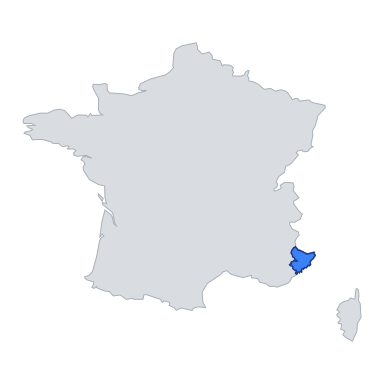 where Alpes-Maritimes sits in France
{"feature_id": "FRA-5266", "entity_name": "Alpes-Maritimes", "entity_type": "Metropolitan department", "adm_level": 1, "iso_a3": "FRA", "parent_name": "France", "parent_adm1": "", "projection": "equal_earth", "projection_center": [7.102, 43.917], "detail": "fine", "context": "in_parent", "style": "filled", "palette": "blue", "viewbox_px": 384, "rotation_deg": 0, "n_neighbors": 0, "source": "natural_earth", "source_scale": "10m", "svg_char_len": 5638}
<svg xmlns="http://www.w3.org/2000/svg" viewBox="0 0 384 384"><path d="M313.0,146.8L310.2,148.2L308.4,151.0L306.6,151.6L303.3,151.6L301.7,149.9L297.8,151.0L296.2,152.8L298.5,155.0L290.6,164.0L285.6,166.4L284.5,172.3L278.6,176.7L276.3,181.4L276.1,182.3L277.6,183.8L277.0,186.9L274.0,188.9L274.0,190.8L274.8,191.1L279.4,189.5L281.2,187.7L280.3,185.3L284.9,182.2L293.2,183.0L294.1,187.0L293.1,190.4L299.0,197.8L293.8,201.2L293.5,203.5L298.8,210.9L302.2,214.0L300.4,219.0L294.7,222.3L291.1,222.0L289.5,222.8L289.7,224.4L292.2,229.0L298.3,231.9L299.2,235.4L297.5,236.6L294.7,241.8L295.9,244.4L295.4,245.5L296.1,247.3L297.7,249.0L306.2,253.5L313.9,252.7L314.8,255.2L310.1,262.1L310.4,265.2L308.0,265.2L307.6,266.3L302.9,268.6L295.2,275.6L291.6,277.6L290.1,281.2L288.0,283.2L276.9,287.2L274.8,286.3L269.4,286.4L266.1,283.8L259.7,282.2L257.6,278.5L251.6,277.8L251.3,275.4L242.8,277.6L231.0,274.3L226.9,270.7L223.4,271.6L220.3,274.8L207.4,283.3L202.1,292.2L202.9,302.5L205.7,307.6L197.9,306.8L193.2,308.3L192.0,310.5L181.0,307.9L176.8,310.1L175.7,309.9L174.3,307.8L169.0,305.3L169.8,303.6L169.1,302.1L164.1,300.9L162.3,302.4L160.4,299.3L146.3,294.6L144.0,294.7L142.9,299.4L133.7,299.3L132.4,298.4L126.4,299.4L120.3,295.0L113.3,295.9L109.2,291.4L105.0,291.1L99.2,288.8L96.6,287.6L96.3,286.3L94.5,288.3L92.3,287.8L91.8,287.2L93.4,284.7L93.8,281.9L86.5,279.7L84.7,277.7L84.7,276.6L88.7,275.6L92.4,271.6L96.5,257.2L99.7,240.3L101.6,237.1L103.9,236.2L102.2,233.9L99.8,236.9L101.9,221.5L105.0,210.0L110.9,214.7L112.2,216.7L113.7,223.6L117.0,226.5L114.9,223.7L113.1,214.5L111.9,212.0L102.5,204.3L102.3,202.6L106.5,203.5L105.0,197.8L104.6,185.9L98.8,184.7L89.6,179.7L83.6,170.6L83.1,167.2L85.0,163.7L83.6,161.4L81.0,159.8L83.2,156.8L85.1,156.5L91.8,158.2L86.4,155.4L77.5,156.3L74.0,155.3L73.5,153.2L76.0,150.5L73.1,148.8L68.0,149.2L67.4,148.5L69.1,146.5L67.8,145.8L63.6,146.5L61.3,145.9L59.2,143.7L52.5,143.2L51.1,141.9L42.0,139.4L32.3,139.8L29.9,135.4L24.1,133.3L25.4,131.9L31.4,130.6L32.6,129.4L28.4,127.6L27.0,125.7L34.9,125.3L31.5,123.4L23.9,123.5L23.0,120.9L24.2,118.2L28.8,115.8L40.0,113.2L48.1,113.1L54.0,110.1L59.6,109.2L64.9,110.7L71.7,118.3L77.6,115.0L86.2,115.1L87.9,117.0L90.4,113.5L92.1,115.5L102.7,114.9L100.3,113.5L98.5,110.3L98.7,98.5L93.8,89.9L92.7,86.8L93.2,84.2L99.3,84.7L104.6,83.5L107.0,84.3L107.3,89.8L109.3,92.9L123.7,93.9L131.9,95.7L139.0,92.5L145.6,91.2L146.1,90.4L142.4,90.7L139.0,89.4L138.6,87.9L140.6,83.6L150.7,78.9L165.4,74.9L169.3,72.3L173.7,67.4L172.8,66.2L173.9,53.2L176.2,48.9L181.8,45.9L196.0,42.8L197.6,46.9L197.4,49.2L201.1,52.9L202.9,54.0L209.1,52.0L212.0,55.4L212.7,59.3L220.1,60.8L222.2,65.9L223.6,64.8L228.2,65.0L230.4,65.4L233.3,67.6L232.4,70.6L233.7,72.1L232.3,74.9L233.2,76.0L241.8,76.0L244.3,74.8L245.6,72.0L248.2,70.4L249.1,70.9L247.4,76.0L248.6,77.4L249.1,81.1L252.4,81.4L258.6,84.4L263.9,89.3L270.5,88.5L275.6,91.2L281.0,89.8L286.0,91.3L287.7,92.7L292.4,99.7L296.0,98.3L298.6,99.1L299.4,101.1L309.0,100.0L310.8,101.9L312.8,102.6L325.0,105.3L325.2,107.9L318.1,115.4L315.1,126.0L313.0,129.7L312.3,132.5L312.8,134.4L312.5,137.3L311.0,144.3L311.9,146.4L313.0,146.8ZM359.0,295.7L358.4,300.4L360.2,303.7L361.0,317.3L357.4,323.8L356.8,331.7L352.3,341.2L345.1,337.0L342.9,334.7L344.8,331.0L340.6,329.1L341.6,325.6L341.1,323.8L338.2,323.6L338.1,322.7L340.2,320.0L340.1,318.4L337.3,316.3L336.8,314.4L339.5,312.3L338.2,310.4L336.8,310.0L340.3,303.8L342.8,302.0L348.4,300.3L350.6,298.0L354.3,299.2L354.9,298.6L356.0,288.9L357.3,288.8L358.5,290.1L359.0,295.7ZM103.2,198.5L102.2,201.2L98.8,196.5L98.4,193.9L103.2,198.5Z" fill="#d9dde1" stroke="#a8b0b8" stroke-width="1"/><path d="M315.1,255.0L315.2,255.7L314.9,256.1L314.5,256.3L314.3,256.6L314.1,257.0L313.9,257.7L313.7,258.0L313.2,258.6L311.9,259.6L311.5,260.3L310.4,261.4L310.0,262.1L310.2,262.9L310.6,264.4L310.3,264.6L310.2,264.6L310.0,265.1L310.0,265.3L309.8,265.4L309.7,265.3L309.5,265.5L309.3,265.7L309.1,265.9L308.8,265.5L308.3,265.3L307.8,265.5L307.5,265.9L307.4,266.2L307.3,266.6L307.0,266.8L306.8,267.1L306.7,267.4L306.5,267.7L306.2,267.8L305.8,267.7L305.2,267.5L304.7,267.6L304.3,267.8L304.0,268.1L304.1,268.5L303.6,268.9L303.4,269.1L303.2,268.7L302.8,268.6L302.4,268.7L302.1,268.7L301.9,269.0L301.7,269.4L301.5,270.3L301.7,271.1L301.7,271.3L301.8,271.6L301.8,271.9L301.5,272.1L301.2,271.6L300.6,271.4L300.2,271.7L299.9,272.0L299.5,272.3L299.4,272.5L299.2,272.1L298.8,272.1L298.3,272.1L297.9,272.1L297.5,272.4L297.1,272.8L297.0,273.2L297.2,273.4L297.3,273.5L296.8,274.2L295.8,273.6L295.5,273.1L295.7,272.3L296.2,271.5L296.3,271.0L296.3,270.5L296.0,270.2L295.6,270.2L295.2,270.3L294.9,270.3L294.5,270.0L293.0,268.7L292.9,268.6L292.8,268.3L292.9,267.6L292.9,267.3L292.6,266.3L292.4,266.1L291.5,266.0L290.3,265.6L289.9,265.2L289.6,264.5L289.9,264.3L290.4,264.1L291.1,264.0L291.2,263.9L291.3,263.8L291.3,263.6L291.0,263.0L291.0,262.7L291.1,262.4L291.2,262.1L291.4,261.9L291.6,261.8L292.6,261.7L293.0,261.4L293.6,260.7L293.8,260.6L294.3,260.5L294.7,260.6L295.9,261.2L296.2,261.2L297.1,261.1L296.4,260.3L295.0,259.2L294.1,257.6L293.2,257.2L292.6,256.7L292.5,255.5L292.3,254.7L291.6,253.9L291.1,253.0L291.3,251.9L292.0,250.1L292.3,249.6L292.9,248.9L293.6,247.8L294.1,247.5L295.1,247.1L295.5,246.7L295.9,247.2L296.1,247.5L296.4,248.1L296.6,248.3L296.8,248.6L297.3,248.9L297.5,249.1L297.6,249.4L297.7,249.7L297.8,250.0L298.0,250.2L298.4,250.4L298.7,250.3L298.9,250.2L299.3,250.2L299.6,250.3L301.0,251.0L302.0,251.3L304.5,252.8L305.0,253.0L305.6,253.1L305.9,253.2L306.1,253.4L306.2,253.7L306.5,253.9L307.7,254.0L311.9,252.8L312.6,252.8L313.6,252.2L314.3,252.3L314.0,253.3L314.3,253.9L314.8,254.4L315.1,255.0Z" fill="#3b82f6" stroke="#1e3a8a" stroke-width="1.5"/></svg>